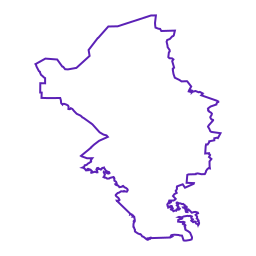 Feimaņu pag., Rezeknes, Latvia (Robinson projection)
{"feature_id": "27541924B82877950601433", "entity_name": "Feimaņu pag.", "entity_type": "district", "adm_level": 2, "iso_a3": "LVA", "parent_name": "Latvia", "parent_adm1": "Rezeknes", "projection": "robinson", "projection_center": [27.066, 56.267], "detail": "fine", "context": "isolated", "style": "outline", "palette": "violet", "viewbox_px": 256, "rotation_deg": 0, "n_neighbors": 0, "source": "geoboundaries", "source_scale": "gbopen_adm2", "svg_char_len": 5951}
<svg xmlns="http://www.w3.org/2000/svg" viewBox="0 0 256 256"><path d="M88.6,50.0L89.6,55.9L76.4,67.9L67.9,69.4L65.1,69.2L63.2,66.8L62.3,66.6L57.2,59.5L45.4,58.6L35.5,64.1L36.0,64.8L36.5,66.5L38.9,71.1L39.9,71.7L40.0,72.5L41.0,74.8L43.3,76.7L43.6,77.2L45.1,78.1L45.1,83.3L40.3,83.2L40.2,92.5L41.7,92.6L41.5,97.9L48.3,98.1L60.2,98.0L60.9,100.4L61.1,102.9L61.7,103.8L62.0,103.9L62.5,104.5L62.7,104.1L63.5,103.9L64.4,103.9L66.6,104.7L68.1,105.6L68.6,106.8L68.4,109.0L69.3,109.2L70.2,109.0L70.8,108.2L72.4,109.0L73.9,110.9L76.7,113.8L80.5,115.6L81.7,116.6L82.2,117.3L83.5,117.9L92.4,124.3L99.6,132.3L103.5,134.6L106.5,135.4L107.8,136.9L99.1,140.8L94.1,144.6L91.0,147.4L91.1,147.6L81.0,155.9L81.8,156.4L87.1,158.3L92.3,158.2L90.8,160.2L91.2,161.2L90.9,161.9L89.6,162.5L89.1,163.0L87.9,163.6L86.6,164.9L84.7,165.3L84.2,166.8L82.4,167.6L83.3,167.8L84.8,168.8L86.0,170.4L87.1,170.3L86.4,169.9L88.0,168.8L90.5,169.7L92.1,171.3L92.1,171.8L91.3,172.1L91.2,172.7L91.5,172.8L95.0,171.7L96.8,172.4L97.4,172.3L97.2,170.9L96.4,169.5L97.1,168.1L98.1,167.9L98.7,168.4L98.7,169.0L99.9,169.0L100.7,169.6L101.4,169.4L101.5,168.9L102.2,168.0L103.9,167.6L103.9,168.1L104.5,168.5L105.7,170.5L107.6,171.7L109.0,172.0L109.5,173.0L108.9,173.5L108.4,173.6L107.3,173.3L106.1,172.5L104.3,172.3L103.8,171.9L103.7,172.2L104.9,174.6L104.4,175.4L104.3,176.4L103.6,177.1L104.7,177.7L105.8,177.7L107.1,178.6L109.2,178.5L110.0,177.9L113.5,177.0L114.1,177.6L114.0,178.2L114.4,178.6L114.3,179.9L114.4,180.7L116.0,181.7L116.5,182.8L116.7,183.6L115.3,184.2L115.5,184.5L116.4,185.1L116.9,185.0L117.5,185.2L117.5,185.4L118.5,185.9L119.4,187.2L122.0,186.7L122.5,186.1L123.1,185.9L124.5,187.3L125.9,187.9L127.2,188.9L127.6,189.5L127.7,190.3L126.8,191.7L124.5,191.3L124.1,191.0L123.8,191.1L123.7,191.5L121.1,191.3L118.9,192.7L117.7,193.0L115.8,194.8L115.7,195.3L116.2,196.2L118.4,197.9L119.5,199.8L119.4,200.2L118.0,201.0L117.6,201.0L117.8,200.7L117.0,200.7L117.8,201.7L130.1,213.6L130.3,214.0L130.2,214.4L130.9,214.1L131.8,214.5L132.0,215.2L133.0,215.4L133.4,216.0L132.8,216.7L134.2,216.8L134.8,220.1L134.2,220.6L134.7,221.0L134.7,221.5L133.8,221.9L134.0,222.3L133.5,223.9L133.4,226.9L134.0,227.3L134.3,228.7L134.9,229.5L135.0,230.1L134.8,230.9L135.1,231.6L137.8,233.4L139.7,234.2L140.3,234.1L141.0,234.6L142.2,236.4L143.5,236.8L146.7,239.4L147.8,239.8L148.0,239.7L147.2,239.1L147.1,238.5L148.1,238.2L150.2,238.7L150.3,238.4L150.1,237.8L150.6,237.6L151.1,237.7L151.2,238.1L170.3,237.5L172.0,236.6L170.8,236.1L171.2,235.3L172.0,235.0L174.4,234.7L178.7,235.0L179.6,235.4L182.0,235.6L183.6,240.4L184.5,240.6L186.0,240.6L189.8,240.0L191.6,239.4L192.0,238.1L192.0,237.2L190.1,232.7L188.1,231.2L185.5,229.8L185.3,229.4L185.4,228.9L185.1,228.5L185.2,227.5L184.6,226.7L184.8,225.7L185.4,225.6L185.5,225.3L184.9,224.7L183.3,224.3L182.8,223.9L183.3,222.6L184.2,222.9L184.5,222.6L184.5,222.2L183.3,221.8L180.8,222.0L178.1,221.6L178.3,219.8L179.9,219.2L181.5,218.9L182.2,218.5L181.9,217.8L178.6,217.1L179.1,216.9L182.0,217.3L183.6,216.5L187.7,215.8L188.6,216.1L190.1,215.8L190.8,216.2L191.7,216.3L191.9,216.6L191.2,217.3L191.5,218.5L191.7,218.9L193.0,219.4L192.9,219.7L191.3,220.7L191.6,221.1L192.4,221.4L193.0,222.1L193.5,222.1L194.4,221.5L195.6,221.7L195.6,222.6L196.1,223.5L197.8,224.2L198.0,224.8L198.1,224.5L198.5,224.7L198.9,224.0L199.1,223.0L198.9,222.2L198.0,221.3L198.6,220.8L198.6,220.5L198.0,220.0L197.6,219.0L196.7,218.5L197.1,217.4L197.1,216.5L195.6,214.9L196.7,214.0L196.9,213.4L198.0,213.2L197.8,212.6L195.6,211.9L194.1,212.0L191.8,212.7L189.6,210.4L188.9,210.2L188.6,209.5L188.0,209.3L186.8,209.9L187.4,211.0L187.5,212.1L186.1,212.0L185.6,210.9L185.7,209.6L185.0,208.8L185.0,208.1L183.8,207.5L183.3,207.7L183.1,207.4L184.5,207.2L184.9,207.7L185.7,207.5L186.4,207.9L186.8,207.1L186.5,206.6L185.2,206.1L184.5,204.8L183.9,204.7L183.1,203.9L182.0,204.1L180.5,203.4L178.9,203.3L177.5,202.5L176.7,202.6L176.6,203.2L176.8,203.8L178.0,204.8L177.7,205.5L177.2,205.7L178.4,206.7L177.7,208.1L178.5,208.5L179.0,208.1L179.8,208.6L179.5,209.3L178.6,209.7L176.5,209.7L176.2,210.7L175.1,210.5L173.4,211.2L172.6,210.0L171.2,209.7L170.9,209.4L171.3,208.7L172.4,208.8L172.8,208.5L171.7,206.0L170.5,206.1L170.3,206.3L170.3,207.0L168.2,207.6L168.1,207.0L168.8,207.0L168.7,206.4L167.6,206.0L167.3,204.4L168.1,203.2L169.2,203.3L169.1,202.5L170.0,202.7L170.9,202.3L171.0,201.7L169.9,201.9L169.0,201.4L169.3,200.5L173.6,200.5L174.7,199.9L175.7,198.9L173.0,196.0L174.4,194.1L176.7,192.9L175.7,190.9L176.8,189.4L177.0,187.9L176.8,187.3L177.0,186.4L182.7,184.3L185.0,187.7L193.7,183.8L193.9,183.1L186.6,182.8L187.3,174.9L188.5,174.4L195.8,174.2L196.0,173.7L197.7,173.4L201.4,174.2L204.8,174.1L205.9,172.0L206.0,171.1L207.1,169.4L208.6,168.1L209.9,168.4L209.6,166.4L209.5,161.4L211.4,159.0L209.0,157.0L210.1,155.0L209.5,154.2L208.8,153.9L208.9,153.2L205.2,153.5L205.7,146.1L206.1,144.4L207.6,144.5L209.2,142.2L209.2,141.3L214.3,140.3L214.3,138.3L216.9,137.7L217.9,138.1L220.5,133.2L211.3,131.9L210.3,131.2L209.4,129.0L208.0,126.7L208.7,125.4L213.1,120.4L213.1,120.0L212.6,119.7L211.7,119.5L211.2,119.1L210.3,117.5L210.4,116.8L211.5,115.1L211.9,113.7L211.1,112.7L209.1,111.6L208.9,111.2L208.5,111.0L208.2,110.6L208.5,110.2L208.2,109.8L207.9,108.8L208.2,108.3L210.6,106.5L216.4,104.5L216.5,103.6L217.2,102.5L218.3,102.0L218.3,101.5L216.8,100.7L201.3,95.3L202.4,94.2L202.0,93.6L202.5,93.3L199.8,91.9L198.7,92.3L195.5,91.0L192.4,91.8L191.9,92.3L192.1,90.7L190.4,90.1L189.9,90.8L190.2,91.8L188.7,91.4L189.1,90.3L191.2,86.5L187.2,81.3L186.7,81.2L181.5,81.4L179.5,80.0L174.8,77.7L173.5,74.0L172.8,69.9L173.0,69.5L172.8,69.2L172.8,68.6L174.1,67.7L172.2,61.1L173.4,59.4L172.1,58.4L169.4,58.2L168.3,57.1L168.9,52.3L169.7,51.5L169.6,50.0L167.6,47.1L167.5,45.6L166.6,41.7L167.2,40.0L169.8,39.0L172.2,36.4L173.3,36.0L173.8,35.3L174.9,30.6L161.3,31.0L160.1,28.9L158.4,28.7L155.5,27.6L155.2,25.6L155.0,23.0L155.9,15.4L150.9,15.5L117.7,26.3L108.3,26.5L98.2,37.9L97.8,38.0L88.6,50.0Z" fill="none" stroke="#5b21b6" stroke-width="2"/></svg>